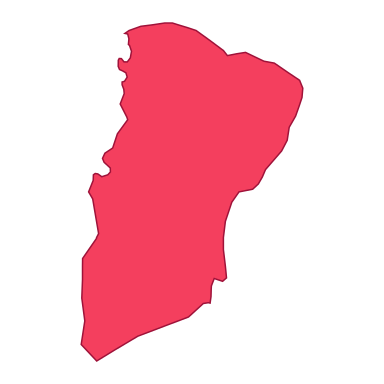 Ayamelum, Anambra, Nigeria
{"feature_id": "59680162B31003411858547", "entity_name": "Ayamelum", "entity_type": "district", "adm_level": 2, "iso_a3": "NGA", "parent_name": "Nigeria", "parent_adm1": "Anambra", "projection": "natural_earth1", "projection_center": [6.989, 6.555], "detail": "fine", "context": "isolated", "style": "filled", "palette": "rose", "viewbox_px": 384, "rotation_deg": 0, "n_neighbors": 0, "source": "geoboundaries", "source_scale": "gbopen_adm2", "svg_char_len": 1308}
<svg xmlns="http://www.w3.org/2000/svg" viewBox="0 0 384 384"><path d="M124.9,33.4L127.7,34.0L128.9,38.8L128.4,44.5L129.5,45.4L131.5,51.3L130.3,57.9L127.3,61.9L124.0,61.9L121.4,58.6L119.2,58.5L118.3,60.2L118.2,66.4L119.5,69.5L122.6,70.9L125.9,72.8L127.2,77.1L124.5,81.3L122.1,82.0L122.1,84.8L123.8,89.3L124.2,93.6L120.2,104.0L126.8,117.0L127.7,119.7L117.4,133.8L112.7,148.0L104.9,153.2L102.5,158.4L104.1,162.3L110.3,168.0L110.4,172.0L107.8,174.8L101.8,176.7L97.8,173.9L95.2,173.5L93.4,174.8L93.2,180.4L88.6,191.9L92.7,198.9L98.6,233.6L96.5,237.7L96.5,238.4L82.6,258.5L82.5,265.9L82.5,279.6L81.8,298.1L84.8,320.9L81.2,344.5L96.7,361.0L114.3,350.2L137.8,336.2L165.7,325.6L188.5,317.0L203.3,303.5L208.3,302.7L210.1,303.1L211.0,296.6L211.2,289.3L211.4,285.9L214.2,278.5L222.6,281.3L226.5,277.9L225.9,271.5L225.4,266.4L223.4,249.6L223.4,237.5L225.4,221.3L231.8,202.2L239.0,191.9L252.7,189.2L257.1,185.1L258.3,184.0L262.3,177.1L265.5,169.6L281.6,151.0L287.2,140.3L289.2,127.3L295.2,116.8L295.6,116.1L299.2,105.9L302.0,97.5L302.8,88.2L299.6,80.3L288.4,72.8L284.5,70.1L274.3,63.1L263.9,61.2L245.5,52.4L236.6,53.8L227.4,55.6L223.4,50.5L222.0,49.5L210.2,40.7L196.1,30.5L187.7,27.7L178.1,24.8L172.4,23.0L164.8,23.0L152.0,24.9L140.8,26.3L129.1,30.5L124.9,33.4Z" fill="#f43f5e" stroke="#9f1239" stroke-width="1.5"/></svg>